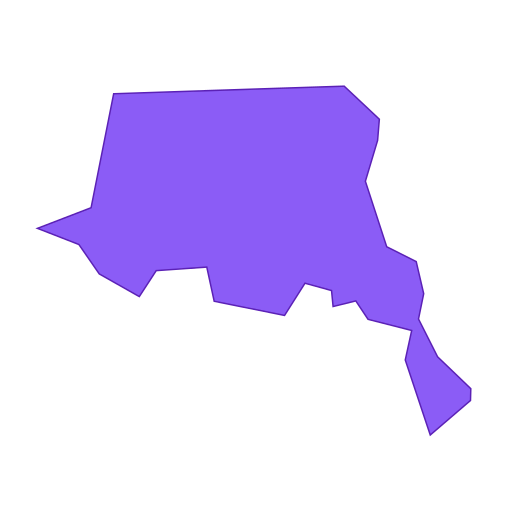 Mayendit, Unity, South Sudan (Albers equal-area conic projection), rotated 92°
{"feature_id": "79223893B14659068163591", "entity_name": "Mayendit", "entity_type": "district", "adm_level": 2, "iso_a3": "SSD", "parent_name": "South Sudan", "parent_adm1": "Unity", "projection": "albers", "projection_center": [30.03, 8.125], "detail": "fine", "context": "isolated", "style": "filled", "palette": "violet", "viewbox_px": 512, "rotation_deg": 92, "n_neighbors": 0, "source": "geoboundaries", "source_scale": "gbopen_adm2", "svg_char_len": 543}
<svg xmlns="http://www.w3.org/2000/svg" viewBox="0 0 512 512"><g transform="rotate(92 256 256)"><path d="M236.0,475.4L250.7,433.4L279.4,412.0L299.6,373.2L300.6,371.2L274.1,355.2L268.8,304.8L302.7,296.2L314.4,225.4L281.5,206.1L287.9,179.3L303.8,177.2L297.4,154.7L315.4,141.8L325.0,97.8L354.7,103.2L428.8,75.6L392.9,36.6L381.1,36.7L350.4,71.0L313.3,91.4L287.8,87.1L256.0,95.7L242.2,125.7L177.5,149.3L136.2,138.5L115.0,137.5L83.2,173.8L87.9,243.6L98.8,403.9L213.5,422.5L236.0,475.4Z" fill="#8b5cf6" stroke="#5b21b6" stroke-width="1.5"/></g></svg>